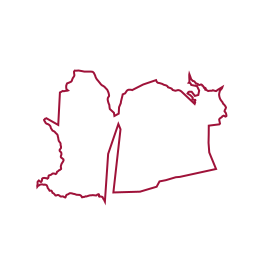 Santiago Yucuyachi, Oaxaca, Mexico (orthographic projection), rotated 168°
{"feature_id": "50627088B52041523995534", "entity_name": "Santiago Yucuyachi", "entity_type": "district", "adm_level": 2, "iso_a3": "MEX", "parent_name": "Mexico", "parent_adm1": "Oaxaca", "projection": "orthographic", "projection_center": [-98.214, 17.61], "detail": "fine", "context": "isolated", "style": "outline", "palette": "rose", "viewbox_px": 256, "rotation_deg": 168, "n_neighbors": 0, "source": "geoboundaries", "source_scale": "gbopen_adm2", "svg_char_len": 5505}
<svg xmlns="http://www.w3.org/2000/svg" viewBox="0 0 256 256"><g transform="rotate(168 128 128)"><path d="M187.2,176.9L195.6,145.5L205.8,154.5L206.4,154.3L207.1,154.3L207.9,153.7L208.4,153.4L208.4,152.7L207.8,151.3L207.7,150.5L207.1,149.5L206.4,148.9L205.7,148.6L205.1,148.0L204.5,147.5L203.7,146.2L203.5,145.5L203.5,144.5L203.4,143.7L203.1,143.0L202.8,142.3L202.4,141.2L201.7,140.6L201.1,140.2L200.5,139.5L200.0,138.7L199.8,138.2L199.0,137.1L198.5,136.2L198.3,135.5L198.4,134.3L198.3,133.1L198.4,131.4L198.4,129.9L198.0,128.8L197.4,127.8L197.2,126.6L197.3,126.1L197.5,125.4L197.4,124.2L197.4,123.6L197.7,122.4L198.8,121.4L199.3,121.0L199.6,120.0L199.4,119.3L198.8,118.6L198.5,118.0L198.4,117.3L198.5,116.7L198.7,115.7L199.1,115.2L199.6,114.3L199.7,113.4L199.4,112.8L199.0,112.4L198.6,112.0L198.2,111.4L197.7,110.8L197.7,109.9L198.0,109.4L198.5,108.7L199.0,108.2L199.4,107.8L200.4,106.8L201.3,105.3L201.8,104.1L201.8,103.4L201.8,102.5L202.0,101.8L202.8,101.5L203.4,101.1L204.3,101.0L205.0,100.5L205.6,100.2L206.4,100.0L206.8,99.4L207.1,98.8L207.7,98.2L208.4,98.0L209.0,98.5L210.3,99.0L211.3,99.1L212.9,98.3L214.2,98.1L215.1,98.1L215.8,97.5L216.0,96.5L216.5,95.6L216.9,95.5L217.5,95.2L218.0,95.8L218.8,96.0L219.7,96.4L220.4,96.6L221.6,96.7L222.5,96.3L222.7,95.6L223.0,94.9L223.2,94.4L223.7,93.7L224.2,93.3L224.8,93.5L225.2,94.1L225.7,94.7L226.1,95.2L226.8,94.7L227.3,94.5L227.6,94.1L227.8,93.5L227.9,92.8L228.0,92.2L228.2,91.7L228.4,91.1L228.8,90.3L228.9,89.4L228.1,90.1L226.9,90.4L226.1,90.8L225.2,90.9L224.6,90.9L223.7,90.7L223.2,90.5L222.6,90.2L222.0,89.9L221.3,90.0L220.8,89.8L220.2,89.5L219.4,88.8L219.2,88.0L219.1,87.5L219.0,86.8L219.0,86.0L218.3,84.6L218.0,83.8L217.9,83.2L217.5,82.8L216.9,82.9L216.0,82.6L215.6,81.9L215.5,81.2L215.3,80.2L214.8,79.9L214.1,79.2L213.8,78.6L213.4,77.9L213.0,77.1L212.4,76.9L211.8,77.0L210.8,77.1L210.2,77.0L209.7,76.6L209.1,76.2L208.5,75.3L207.9,74.9L207.2,74.8L206.4,74.7L205.8,74.6L205.3,74.2L204.8,73.7L204.4,73.4L203.7,73.1L203.3,73.5L203.1,74.0L202.4,75.0L201.9,75.4L201.0,75.5L199.9,75.8L199.2,76.1L198.4,76.3L197.2,76.0L196.3,75.6L195.8,75.4L195.3,75.0L194.1,74.6L193.0,73.9L192.2,73.4L190.7,73.0L189.2,72.6L188.7,72.2L187.9,71.4L187.4,69.8L186.7,69.7L186.2,69.9L185.2,69.7L184.7,69.7L183.9,70.0L183.0,69.7L181.7,69.8L180.9,69.9L179.9,70.0L178.9,70.0L178.1,69.8L176.6,69.7L176.2,69.6L175.0,69.2L173.1,68.6L172.4,68.9L171.9,69.2L170.7,69.4L170.2,69.0L170.3,68.3L170.5,67.8L170.6,67.3L170.3,66.8L169.5,66.8L168.9,66.8L168.4,66.3L167.7,66.1L167.3,65.8L167.2,65.2L166.9,64.2L166.8,63.6L166.3,62.7L166.1,61.6L165.9,60.8L164.4,66.1L152.8,106.8L136.6,133.9L135.6,128.3L155.7,68.0L129.4,63.2L128.5,63.3L112.2,64.6L108.3,69.2L101.9,69.1L91.5,69.9L87.4,69.4L50.4,69.6L52.8,82.7L53.6,87.2L52.3,96.8L50.4,104.9L48.5,113.5L37.9,112.6L37.1,113.2L37.1,114.2L37.1,115.5L37.1,116.2L37.1,116.8L37.0,117.5L36.2,118.2L34.9,118.8L34.1,119.1L33.3,119.8L32.6,120.0L31.9,120.2L31.5,120.0L30.9,119.4L30.4,118.9L29.4,119.1L29.1,119.9L29.1,121.1L29.1,121.6L29.2,122.2L29.5,123.1L29.8,123.6L30.1,124.2L29.9,124.8L29.4,125.6L28.8,126.2L28.4,126.8L27.9,127.7L28.2,129.0L28.7,130.0L29.0,130.8L29.4,131.3L29.8,131.8L30.0,132.5L30.2,133.5L30.8,134.7L31.4,136.0L31.8,137.2L32.0,138.4L32.1,139.7L32.0,141.6L31.6,142.8L31.0,144.1L30.6,145.0L29.8,145.7L29.0,146.5L28.4,146.8L27.7,147.5L27.1,148.5L32.5,146.6L33.4,146.1L34.2,145.8L36.2,146.7L36.7,147.1L37.2,147.3L38.1,147.0L39.1,147.2L40.1,147.4L41.1,147.5L41.9,147.5L43.3,148.8L44.1,149.2L43.9,149.9L44.5,149.9L44.5,151.0L44.8,151.2L44.5,151.4L44.9,151.7L45.3,152.0L45.4,152.5L45.7,152.8L45.8,153.3L45.9,153.5L46.1,153.8L46.4,153.9L46.4,154.3L46.7,154.8L46.9,154.9L47.1,155.2L47.6,155.4L48.9,155.2L49.4,155.3L50.3,155.8L50.6,156.6L51.2,156.9L52.1,157.1L52.4,158.0L52.7,158.3L53.3,159.6L54.1,160.3L54.7,160.6L54.9,160.6L55.4,161.5L56.1,162.7L56.3,164.6L56.8,167.9L57.0,167.4L57.1,167.0L57.2,166.4L57.5,165.0L58.1,161.3L58.2,160.8L58.7,160.0L59.2,159.6L58.2,159.2L57.8,159.0L57.7,158.8L57.5,158.5L57.2,157.0L56.6,156.7L51.8,154.6L50.6,149.8L52.4,145.7L55.9,145.5L58.2,150.2L60.6,150.8L61.7,150.4L62.6,149.4L61.5,148.3L60.3,147.2L58.4,144.4L59.0,142.6L57.5,141.8L56.4,141.5L56.4,140.9L57.3,140.3L57.0,139.0L57.8,137.7L68.3,152.8L69.6,154.0L71.1,154.7L73.0,154.6L74.0,154.6L75.6,155.5L76.4,155.9L77.1,157.4L78.5,158.4L80.4,159.5L80.5,160.2L81.4,161.4L82.2,161.9L84.1,162.9L85.3,164.0L86.4,164.6L87.1,165.0L88.1,165.5L88.9,165.8L89.5,166.1L90.1,166.9L90.5,168.1L90.6,169.0L104.1,167.4L115.4,164.4L116.0,164.2L116.7,164.6L117.6,164.9L118.5,165.1L119.6,165.3L120.6,165.1L121.5,164.6L122.4,163.7L123.6,162.5L126.2,162.0L126.7,160.8L129.3,155.5L129.9,153.8L132.4,150.2L134.1,144.0L138.8,142.6L138.6,145.8L141.8,150.3L141.8,151.6L141.6,153.5L141.5,154.6L141.8,155.9L141.9,156.8L142.0,158.0L142.0,159.6L141.9,160.4L141.5,161.4L141.2,161.9L140.9,162.2L140.0,163.0L139.7,164.0L139.7,166.1L139.8,167.0L140.1,168.6L140.4,169.8L141.3,171.2L142.4,173.1L143.5,174.3L144.5,175.1L145.4,176.3L146.4,178.4L147.0,179.5L147.5,180.6L147.9,181.2L148.6,182.7L149.0,184.1L149.2,185.2L149.2,186.0L149.5,187.2L150.0,189.1L150.9,190.3L152.6,190.9L155.8,191.6L159.1,192.3L160.7,193.0L162.4,193.7L164.4,194.5L165.9,194.7L167.4,195.0L168.2,195.2L169.1,194.3L169.4,192.2L169.4,191.0L169.8,190.1L170.6,189.2L171.6,188.3L172.5,187.0L173.1,185.9L173.9,185.2L175.8,184.7L178.3,184.3L178.9,183.5L179.7,182.1L180.1,180.1L180.1,178.7L178.9,177.2L179.8,177.1L181.1,177.3L182.1,177.3L183.1,177.3L184.1,177.8L186.7,177.0L187.2,176.9Z" fill="none" stroke="#9f1239" stroke-width="2"/></g></svg>